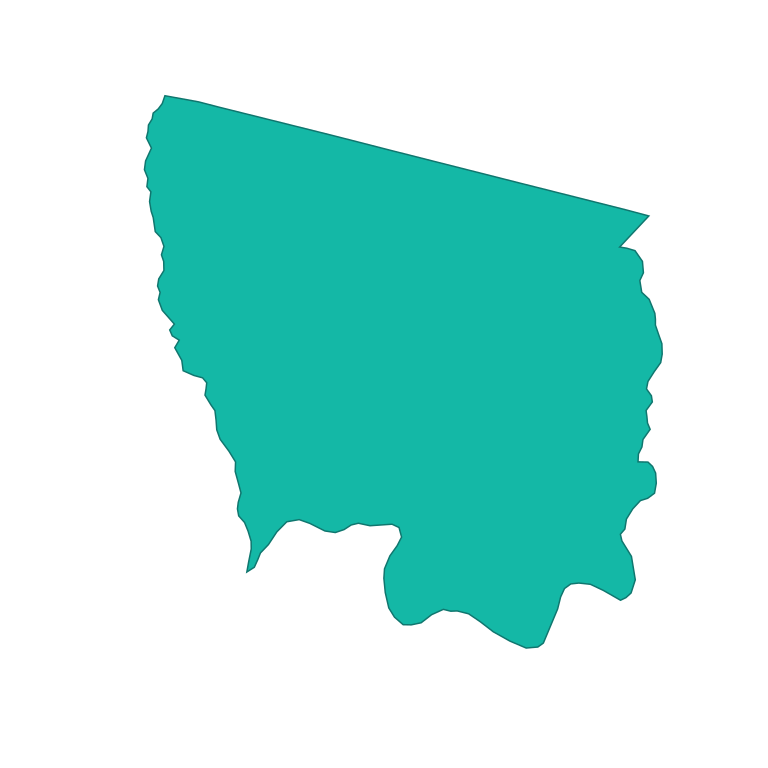 the district of Sertanópolis, Paraná, Brazil, rotated 104°
{"feature_id": "56859067B4659320217934", "entity_name": "Sertanópolis", "entity_type": "district", "adm_level": 2, "iso_a3": "BRA", "parent_name": "Brazil", "parent_adm1": "Paraná", "projection": "albers", "projection_center": [-51.041, -23.067], "detail": "fine", "context": "isolated", "style": "filled", "palette": "teal", "viewbox_px": 768, "rotation_deg": 104, "n_neighbors": 0, "source": "geoboundaries", "source_scale": "gbopen_adm2", "svg_char_len": 2061}
<svg xmlns="http://www.w3.org/2000/svg" viewBox="0 0 768 768"><g transform="rotate(104 384 384)"><path d="M155.3,495.1L155.3,611.8L155.1,632.0L157.3,666.3L165.5,667.0L171.7,669.6L177.0,673.5L182.9,673.1L189.7,675.2L196.1,674.1L202.6,674.1L211.4,666.7L225.2,669.3L234.0,668.3L241.6,662.8L249.9,661.8L253.9,656.7L263.7,655.6L272.7,651.7L278.3,648.2L291.5,642.8L295.9,635.9L303.7,630.8L312.5,631.2L318.4,627.4L327.1,625.0L336.5,628.0L343.7,627.4L349.3,623.4L356.8,623.3L366.2,616.9L376.6,601.9L383.4,605.0L388.5,601.1L391.0,593.3L399.4,595.8L410.0,585.9L419.7,582.1L421.7,570.5L421.9,561.5L425.7,556.3L431.7,555.5L438.1,555.0L446.3,546.7L450.7,541.6L459.7,538.2L468.9,535.2L477.3,529.6L486.7,518.2L491.1,513.7L495.5,509.2L504.9,507.2L516.1,500.9L524.3,496.4L534.0,496.8L540.6,496.0L547.1,493.1L552.1,485.8L559.6,480.3L568.7,474.9L576.2,472.9L589.2,472.3L599.6,471.6L593.2,465.5L585.0,464.0L577.8,463.0L567.8,457.3L553.4,452.2L541.2,445.0L536.1,433.5L537.2,422.2L540.9,405.8L539.9,395.3L534.9,387.5L528.7,381.7L525.3,375.2L524.9,363.3L518.1,342.3L519.6,334.7L528.3,329.9L537.7,332.1L549.3,336.7L563.2,338.8L572.6,337.1L586.1,332.3L600.1,325.2L607.7,317.4L612.9,307.2L611.1,299.3L606.7,290.2L596.3,282.0L588.3,271.9L588.3,264.3L586.5,258.1L586.5,246.3L591.4,233.0L598.0,218.0L603.0,199.6L605.8,182.2L602.0,171.1L596.8,166.7L560.2,161.1L547.9,161.1L538.8,159.4L532.8,154.4L530.0,146.8L528.4,135.3L531.2,121.3L536.6,102.2L532.8,97.6L527.0,93.7L513.2,92.8L491.4,102.2L478.7,115.2L472.6,118.3L466.5,115.2L456.4,116.1L444.9,112.4L435.1,107.0L431.1,100.5L424.5,95.1L414.4,95.8L404.7,98.9L399.0,103.5L395.9,109.0L398.1,118.7L390.3,120.2L382.7,118.5L375.2,119.3L363.6,114.8L358.1,118.9L352.1,121.0L346.3,123.3L336.5,119.3L330.7,121.7L325.3,128.1L317.7,128.5L306.7,124.8L296.3,120.7L287.7,121.3L277.7,124.1L269.7,129.4L261.2,134.9L255.5,136.3L249.9,138.3L237.7,147.2L232.7,156.1L221.7,160.8L213.3,159.2L202.5,162.9L193.9,172.7L193.5,181.3L194.1,188.5L156.9,167.7L156.5,190.2L156.2,300.8L155.7,433.2L155.3,495.1Z" fill="#14b8a6" stroke="#0f766e" stroke-width="1.5"/></g></svg>